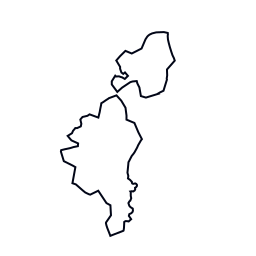 outline of Emuoha, Rivers, Nigeria, rotated 30°
{"feature_id": "59680162B36304665045822", "entity_name": "Emuoha", "entity_type": "district", "adm_level": 2, "iso_a3": "NGA", "parent_name": "Nigeria", "parent_adm1": "Rivers", "projection": "orthographic", "projection_center": [6.794, 5.034], "detail": "fine", "context": "isolated", "style": "outline", "palette": "ink", "viewbox_px": 256, "rotation_deg": 30, "n_neighbors": 0, "source": "geoboundaries", "source_scale": "gbopen_adm2", "svg_char_len": 2293}
<svg xmlns="http://www.w3.org/2000/svg" viewBox="0 0 256 256"><g transform="rotate(30 128 128)"><path d="M175.4,219.3L175.3,218.6L174.5,216.6L172.6,212.9L171.7,211.3L172.3,210.0L173.6,209.2L175.3,208.6L176.3,205.4L172.7,203.7L172.2,201.9L173.5,200.1L173.9,198.3L173.6,197.1L172.4,195.4L169.7,195.3L168.0,194.7L165.9,192.8L165.9,190.8L166.3,189.8L165.9,187.2L164.4,185.5L162.4,182.1L161.8,181.8L163.0,180.8L164.2,180.4L165.0,178.8L164.9,177.5L164.0,176.3L164.6,175.1L164.6,174.9L164.7,173.7L164.2,172.8L163.1,172.3L161.9,172.4L160.4,173.8L159.5,173.9L159.4,173.9L158.7,173.4L158.3,172.7L156.6,172.2L155.7,171.9L153.2,171.7L152.8,170.7L152.2,169.3L149.9,167.0L148.5,163.9L146.6,159.7L145.5,157.4L145.5,157.2L145.5,155.6L145.4,154.3L145.2,150.4L145.7,147.2L145.7,146.6L145.8,146.1L145.7,140.6L145.4,137.8L145.4,134.1L145.4,132.4L145.6,130.7L139.2,126.6L131.0,120.4L128.1,120.8L122.5,121.5L120.5,118.0L115.7,111.7L108.5,107.7L101.7,105.5L96.5,111.8L96.3,112.4L94.9,115.1L93.6,117.9L92.5,119.9L93.2,121.6L94.2,124.7L95.5,128.3L97.1,133.8L87.9,135.4L86.8,137.7L83.1,141.2L82.8,142.7L82.5,144.5L85.5,147.7L86.3,150.2L84.0,153.5L82.4,154.4L82.4,154.8L81.8,157.9L82.1,160.5L79.7,165.0L82.9,166.2L85.2,167.0L92.5,166.3L93.7,168.8L90.4,171.7L88.2,174.1L86.8,175.4L84.7,177.3L84.1,177.8L81.2,180.6L81.7,182.0L89.0,188.8L98.9,188.2L102.0,188.2L107.5,203.6L111.0,202.9L120.1,204.7L123.1,205.2L123.4,205.2L124.9,205.1L127.3,204.9L128.6,204.6L133.6,197.2L146.9,203.8L151.4,203.7L154.0,207.7L156.9,212.1L156.2,220.8L156.5,221.5L158.1,223.2L160.0,224.9L165.9,229.6L166.6,230.2L175.4,219.3ZM100.7,102.1L102.7,96.0L107.1,87.1L108.7,85.4L112.1,83.0L113.8,84.7L115.6,85.9L117.6,87.2L123.2,93.9L128.3,92.7L136.9,83.5L136.6,83.5L137.9,81.2L140.1,78.0L137.5,66.6L136.8,65.8L135.6,62.8L134.2,60.6L132.9,58.5L132.5,57.8L134.8,46.3L132.9,44.6L130.1,42.7L126.8,39.8L126.4,39.4L123.9,37.1L120.7,33.9L119.4,32.5L118.3,31.3L116.4,28.5L115.7,26.9L114.9,25.8L111.1,27.0L104.6,31.1L101.6,34.0L100.0,36.3L99.4,37.7L99.0,39.1L98.8,42.5L98.9,43.2L100.0,52.4L97.4,56.4L94.0,61.6L87.2,62.5L85.2,69.8L84.1,75.4L90.6,79.0L91.5,80.6L94.5,83.2L96.8,83.5L97.6,81.4L101.9,82.9L100.7,87.1L97.4,87.1L96.9,87.3L94.3,87.8L91.9,89.4L90.8,89.1L90.6,95.7L91.5,97.2L92.2,98.4L100.7,102.1Z" fill="none" stroke="#020617" stroke-width="2"/></g></svg>